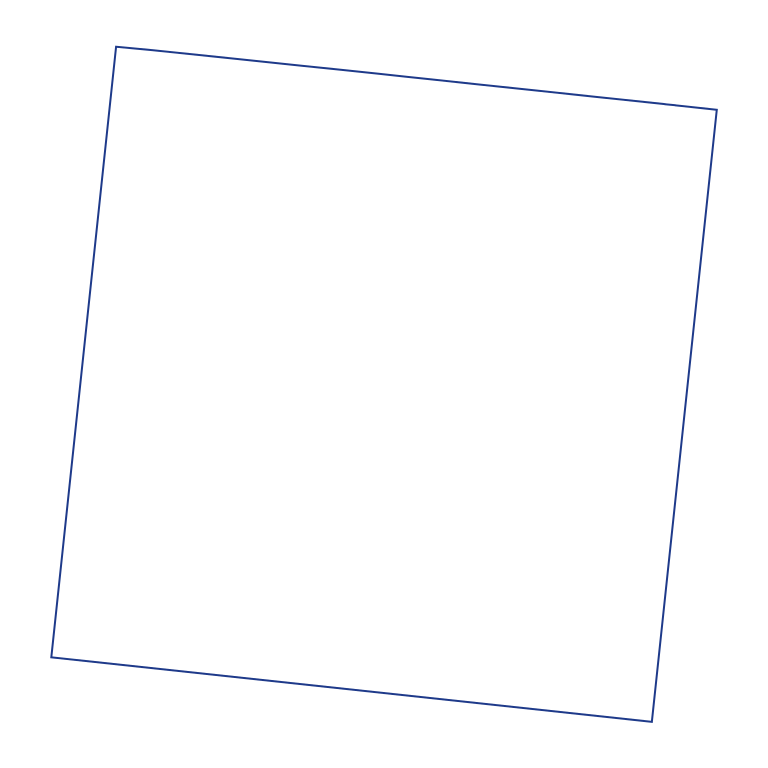 Ochiltree, Texas, United States of America (Mercator projection), rotated 6°
{"feature_id": "52423323B38476522601311", "entity_name": "Ochiltree", "entity_type": "district", "adm_level": 2, "iso_a3": "USA", "parent_name": "United States of America", "parent_adm1": "Texas", "projection": "mercator", "projection_center": [-100.781, 36.278], "detail": "fine", "context": "isolated", "style": "outline", "palette": "blue", "viewbox_px": 768, "rotation_deg": 6, "n_neighbors": 0, "source": "geoboundaries", "source_scale": "gbopen_adm2", "svg_char_len": 461}
<svg xmlns="http://www.w3.org/2000/svg" viewBox="0 0 768 768"><g transform="rotate(6 384 384)"><path d="M81.7,690.6L685.7,692.0L686.3,76.5L650.5,76.4L644.6,76.4L644.4,76.3L634.3,76.4L634.2,76.3L571.8,76.3L561.2,76.3L504.2,76.2L486.6,76.2L444.6,76.2L398.6,76.1L394.9,76.1L374.7,76.1L344.9,76.0L335.0,76.0L307.6,76.0L269.0,76.1L249.4,76.1L229.1,76.1L203.4,76.1L126.9,76.2L119.0,76.2L82.3,76.6L81.7,690.6Z" fill="none" stroke="#1e3a8a" stroke-width="2"/></g></svg>